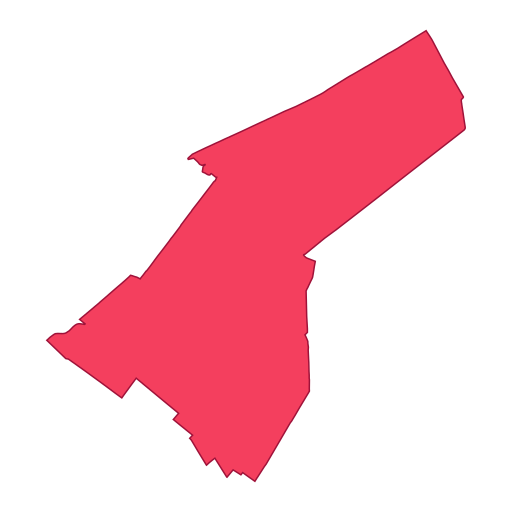 outline of Jilavele, Ialomita, Romania
{"feature_id": "2599482B17913194075437", "entity_name": "Jilavele", "entity_type": "district", "adm_level": 2, "iso_a3": "ROU", "parent_name": "Romania", "parent_adm1": "Ialomita", "projection": "mercator", "projection_center": [26.543, 44.802], "detail": "fine", "context": "isolated", "style": "filled", "palette": "rose", "viewbox_px": 512, "rotation_deg": 0, "n_neighbors": 0, "source": "geoboundaries", "source_scale": "gbopen_adm2", "svg_char_len": 3704}
<svg xmlns="http://www.w3.org/2000/svg" viewBox="0 0 512 512"><path d="M121.8,397.9L124.0,394.8L130.8,385.5L136.2,378.2L166.7,403.5L178.6,413.3L173.3,419.5L180.5,425.4L192.6,435.2L190.8,437.1L189.7,438.3L190.2,438.8L191.4,440.2L198.1,451.5L206.4,465.1L206.5,465.2L209.2,462.7L212.1,460.3L214.9,458.2L226.7,477.0L227.0,477.2L233.1,469.9L240.9,474.8L242.7,472.6L248.8,477.0L254.9,481.3L256.6,478.6L256.9,478.1L257.2,477.7L264.4,466.5L266.1,464.2L271.3,455.3L290.5,422.4L291.3,421.6L295.4,414.8L299.5,407.7L307.2,394.9L308.7,392.4L309.4,391.1L309.3,388.7L309.4,380.8L309.4,379.7L309.2,378.2L309.2,375.2L309.0,371.3L308.9,366.9L308.8,362.7L308.6,358.9L308.2,350.1L308.4,347.2L307.9,343.7L307.8,341.3L306.3,337.6L305.0,334.8L307.4,332.4L307.4,328.9L306.7,316.4L306.1,290.9L306.9,289.1L307.9,287.3L308.8,285.3L310.7,281.3L312.1,278.5L312.6,277.2L313.1,274.4L313.6,271.3L314.3,266.7L315.3,261.3L307.5,258.3L306.2,257.7L304.5,256.2L303.9,255.5L303.6,255.1L303.7,254.7L303.8,254.6L305.2,254.1L324.5,238.3L336.6,229.4L363.3,208.7L375.9,198.9L406.4,175.0L460.3,133.0L462.1,131.6L464.1,130.0L464.5,129.6L464.8,129.1L465.2,128.2L465.2,127.8L465.2,127.4L465.1,126.5L464.7,123.9L463.9,118.8L463.3,114.5L461.8,104.8L461.7,103.7L461.5,102.6L461.3,100.9L461.3,100.0L461.4,99.6L461.8,99.1L463.0,97.9L463.4,97.1L463.4,96.9L459.0,89.3L452.3,77.7L448.4,70.4L444.2,63.1L440.7,56.4L434.6,44.8L433.2,42.1L431.8,39.5L429.4,35.7L428.3,34.1L428.2,33.9L427.6,33.0L426.2,30.9L426.1,30.7L415.6,37.1L410.9,40.0L410.1,40.5L403.5,44.6L397.0,48.7L390.7,52.3L388.0,53.7L379.2,59.0L366.6,66.5L366.4,66.5L355.3,73.0L352.7,74.5L351.8,75.0L350.1,75.9L346.6,78.0L327.7,89.7L325.3,91.4L323.9,92.3L323.3,92.7L320.3,94.4L317.1,96.0L313.8,97.7L311.9,98.6L311.2,99.0L308.5,100.3L303.2,102.9L296.1,106.4L288.6,109.6L284.3,111.4L278.6,114.1L252.6,126.2L246.7,129.0L241.8,131.3L233.9,134.9L224.6,139.1L218.9,141.8L215.5,143.3L209.5,146.1L206.4,147.5L199.0,151.0L197.5,151.7L194.9,153.0L192.2,154.3L192.0,154.6L189.4,156.9L188.3,157.9L187.9,158.6L188.3,159.4L189.0,159.3L191.5,158.7L193.3,158.3L193.7,158.2L194.0,158.5L195.9,160.2L197.4,161.6L198.5,162.8L199.2,163.8L200.0,164.5L201.2,165.0L201.9,165.3L202.1,165.2L202.5,165.2L202.9,165.1L203.8,164.9L204.3,164.6L205.0,164.5L205.1,164.8L204.4,165.4L203.4,166.1L203.1,166.9L203.0,167.3L202.7,169.3L202.5,170.6L202.3,171.3L202.5,171.9L202.9,172.2L204.9,173.0L206.4,173.9L207.4,174.5L208.5,174.9L209.7,175.0L210.2,174.7L210.5,174.1L210.8,173.7L211.3,173.6L215.1,176.7L215.8,177.2L216.7,177.3L215.9,179.3L215.2,180.8L214.7,181.0L214.4,181.2L214.3,181.3L213.9,181.8L213.6,182.0L211.9,184.3L209.2,187.9L205.1,193.2L198.4,202.0L195.5,205.7L193.4,208.4L191.8,210.5L191.5,211.2L189.8,213.3L188.4,215.2L188.3,215.3L186.9,217.2L186.8,217.3L183.8,221.3L182.4,223.2L181.2,224.7L180.6,225.8L180.4,226.2L179.2,227.8L175.9,232.2L172.4,236.8L171.2,238.2L169.1,241.2L166.5,244.6L162.4,250.0L157.8,255.9L154.6,260.2L153.4,261.9L151.9,263.9L149.7,266.9L147.2,270.1L146.5,271.0L146.1,271.1L143.1,275.1L141.3,277.3L140.1,278.9L139.7,278.6L138.3,277.9L136.7,277.1L135.8,276.9L134.8,276.6L133.6,276.2L132.5,275.8L131.4,275.5L131.1,275.4L130.8,275.3L130.5,275.3L130.4,275.4L129.4,276.5L125.0,280.5L114.9,289.2L101.9,300.5L99.8,302.3L99.5,302.6L99.1,303.0L96.0,305.6L79.6,319.4L85.1,323.9L84.9,324.2L84.5,324.4L84.1,324.4L82.8,324.1L79.6,323.7L78.2,323.8L76.8,324.2L76.2,324.5L74.8,325.4L72.9,327.0L71.0,329.0L69.2,330.8L66.3,332.7L65.6,333.1L64.4,333.4L62.9,333.6L58.8,333.5L57.2,333.5L55.3,333.7L54.4,334.1L52.8,335.2L50.0,337.3L46.8,340.3L65.8,358.6L68.4,359.1L85.8,371.5L96.8,379.5L104.7,385.3L113.7,392.0L115.0,393.0L116.4,394.0L120.5,397.0L121.5,397.7L121.8,397.9Z" fill="#f43f5e" stroke="#9f1239" stroke-width="1.5"/></svg>